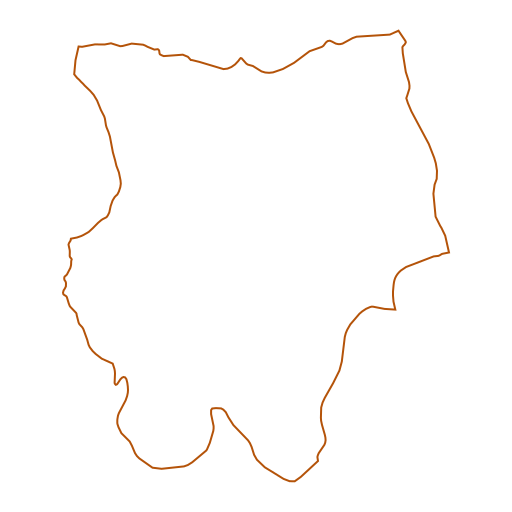 outline of Hentiy
{"feature_id": "MNG-3315", "entity_name": "Hentiy", "entity_type": "Province", "adm_level": 1, "iso_a3": "MNG", "parent_name": "Mongolia", "parent_adm1": "", "projection": "mercator", "projection_center": [110.059, 47.757], "detail": "fine", "context": "isolated", "style": "outline", "palette": "amber", "viewbox_px": 512, "rotation_deg": 0, "n_neighbors": 0, "source": "natural_earth", "source_scale": "10m", "svg_char_len": 3456}
<svg xmlns="http://www.w3.org/2000/svg" viewBox="0 0 512 512"><path d="M78.6,46.5L82.1,46.8L94.9,44.4L104.6,44.5L111.0,43.3L120.2,46.2L122.5,46.0L131.7,43.6L143.1,44.7L145.3,45.6L147.5,46.8L152.4,48.8L154.3,49.6L157.8,49.2L158.8,50.0L159.2,50.8L159.5,53.3L159.9,54.3L161.5,55.2L163.7,56.1L182.8,54.7L187.9,56.8L190.8,60.0L192.1,60.1L199.4,61.9L223.5,69.1L227.5,68.6L231.4,67.0L235.1,64.4L238.3,61.0L239.7,59.1L240.6,58.1L241.6,58.3L246.2,63.5L247.8,64.6L252.9,66.0L261.5,71.4L265.2,72.5L269.1,72.8L273.0,72.4L282.9,69.0L294.1,62.8L309.6,51.2L321.8,46.9L323.4,45.8L326.0,42.4L327.6,41.1L329.8,40.7L331.8,41.5L335.8,43.6L338.1,44.1L340.3,44.1L342.5,43.6L352.6,38.1L356.6,36.7L389.8,34.6L398.5,30.7L398.8,31.2L405.3,40.8L405.7,41.7L405.8,42.3L405.4,43.2L404.6,44.5L403.2,45.9L402.8,46.5L402.4,47.2L402.8,53.3L405.8,72.0L409.0,82.1L409.5,85.8L409.4,88.6L407.3,95.3L406.3,98.2L407.9,103.1L411.4,111.4L428.8,144.0L434.2,157.8L435.8,163.3L437.0,170.8L436.7,178.9L434.6,184.6L433.4,193.7L435.6,216.7L440.2,225.9L441.4,227.8L445.2,235.7L449.0,252.5L442.4,253.8L441.8,254.0L439.6,255.4L438.3,255.9L433.7,256.4L406.1,267.0L400.9,270.5L399.0,272.3L397.4,274.2L396.1,276.2L395.2,278.0L394.5,280.0L394.0,282.1L393.6,284.9L393.0,291.5L393.0,295.6L393.5,301.7L395.3,309.6L384.5,308.9L373.1,306.7L371.4,306.7L370.0,307.1L366.1,308.8L362.2,311.4L359.4,313.8L350.3,324.4L347.2,329.8L345.8,333.1L344.8,336.9L341.8,361.6L339.4,370.6L333.1,383.2L324.8,397.8L322.6,402.5L321.2,407.5L320.9,417.8L321.1,420.7L322.0,424.9L324.8,434.7L325.4,437.5L325.6,440.2L325.2,442.7L324.4,444.8L318.7,453.2L317.8,455.4L317.4,457.0L318.0,461.0L300.8,476.9L294.7,481.3L289.6,481.2L283.6,478.9L264.8,467.3L256.9,459.7L254.1,454.8L251.6,446.9L249.9,443.1L248.1,440.4L233.4,425.1L228.4,417.3L225.8,412.2L223.3,409.6L221.1,408.4L215.9,408.1L212.2,408.5L211.1,410.1L211.1,414.1L213.6,426.1L213.6,428.5L213.3,430.9L209.8,442.9L207.0,449.4L206.3,450.5L192.2,462.3L187.9,465.0L184.0,466.4L161.6,468.8L152.5,467.7L139.3,458.4L136.9,456.0L135.0,453.1L131.9,445.7L129.7,441.5L121.4,433.2L118.5,427.2L118.1,426.0L117.4,423.8L117.3,422.6L117.3,420.1L117.5,418.5L118.0,415.6L118.9,413.1L125.6,400.4L127.1,396.1L127.8,392.8L128.0,390.1L127.8,386.5L127.3,382.8L126.4,379.2L125.1,377.4L123.5,377.0L122.0,377.7L120.4,379.3L117.2,384.1L116.6,384.5L115.8,384.8L114.9,383.8L114.6,382.9L115.0,373.6L114.8,370.9L114.4,368.8L112.7,363.6L101.8,358.7L95.7,354.0L92.7,351.1L89.8,347.3L88.6,344.8L87.2,339.7L83.4,329.2L82.3,327.3L79.4,324.2L78.6,322.6L76.7,315.1L76.5,313.7L76.1,312.9L70.4,306.9L69.7,305.9L68.7,303.3L66.9,297.3L66.4,296.4L65.5,295.7L64.4,295.1L63.4,294.3L63.0,292.7L63.6,290.4L64.8,288.6L65.9,286.4L66.0,283.1L65.6,281.6L64.4,279.8L64.2,278.1L64.5,276.8L65.3,276.0L66.2,275.3L67.0,274.4L70.3,268.0L70.9,265.8L71.1,264.4L71.2,261.4L71.3,260.7L71.7,259.3L71.1,258.3L70.2,257.4L69.7,256.1L69.8,251.9L69.7,250.1L68.5,244.6L69.0,243.1L70.6,240.5L70.9,238.7L77.0,237.5L81.3,236.0L83.4,235.0L87.3,232.8L88.9,231.8L92.8,228.2L98.1,222.8L101.4,220.0L102.8,219.1L106.0,217.5L106.8,216.9L107.9,215.3L109.3,212.4L110.7,205.9L112.6,200.5L114.6,197.2L116.1,195.6L117.3,194.6L118.9,191.5L120.3,187.1L120.8,183.7L120.5,180.3L118.9,172.4L116.4,165.8L115.1,160.3L112.9,152.4L109.9,136.5L108.5,132.1L106.6,127.5L106.0,125.5L104.9,118.6L104.2,116.4L100.9,110.0L97.1,100.6L93.7,94.9L90.2,90.9L84.7,85.6L83.0,83.7L81.1,81.9L79.3,79.9L77.0,77.8L74.2,74.3L75.5,60.2L78.6,46.5Z" fill="none" stroke="#b45309" stroke-width="2"/></svg>